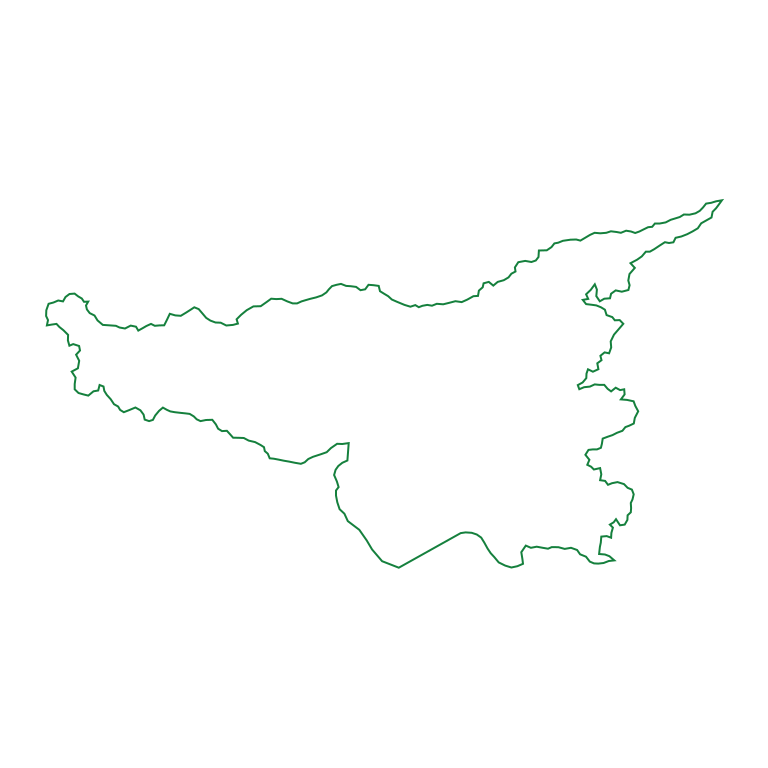 Aurora do Tocantins, Tocantins, Brazil
{"feature_id": "56859067B18425923118279", "entity_name": "Aurora do Tocantins", "entity_type": "district", "adm_level": 2, "iso_a3": "BRA", "parent_name": "Brazil", "parent_adm1": "Tocantins", "projection": "albers", "projection_center": [-46.425, -12.638], "detail": "fine", "context": "isolated", "style": "outline", "palette": "green", "viewbox_px": 768, "rotation_deg": 0, "n_neighbors": 0, "source": "geoboundaries", "source_scale": "gbopen_adm2", "svg_char_len": 5172}
<svg xmlns="http://www.w3.org/2000/svg" viewBox="0 0 768 768"><path d="M152.9,419.9L155.2,415.5L159.1,410.8L162.9,407.6L166.8,409.8L170.3,411.4L174.8,412.2L180.0,412.8L185.7,413.4L189.7,413.9L193.8,416.4L196.7,419.3L200.5,421.1L206.0,420.0L212.3,419.8L215.9,424.4L218.1,428.7L222.0,431.1L226.9,430.8L230.1,434.3L233.1,437.7L238.5,437.8L243.8,438.0L248.7,440.6L255.1,442.1L260.6,445.0L264.0,447.2L264.8,451.1L267.8,453.7L269.7,458.3L273.7,458.7L278.5,459.6L283.8,460.7L289.1,461.6L295.0,462.8L300.9,463.8L304.7,462.3L308.3,459.0L313.0,456.8L321.0,454.2L326.7,452.2L330.9,448.1L337.1,443.8L342.3,444.0L348.7,443.1L347.4,460.5L342.3,462.8L338.3,466.0L335.6,469.8L334.1,475.0L336.9,481.5L338.6,487.1L336.0,490.5L336.0,495.6L337.3,502.3L339.6,509.2L344.4,513.7L347.8,521.1L359.3,529.8L366.7,540.4L372.1,549.5L382.1,561.2L398.8,567.7L460.7,533.1L465.6,532.4L471.7,532.8L476.8,534.5L481.2,537.6L484.3,542.6L487.6,548.6L490.7,553.2L494.3,557.1L498.7,562.4L505.2,565.6L511.4,567.5L517.4,566.2L523.0,563.8L522.4,559.0L521.3,552.2L525.8,545.6L530.9,547.8L536.7,546.7L542.7,547.8L548.0,548.7L551.8,547.1L558.4,547.2L564.7,548.9L571.0,547.8L577.1,550.0L580.1,554.3L586.0,556.7L589.8,561.6L594.0,563.4L598.3,563.6L603.6,563.0L608.8,561.0L614.3,560.4L609.4,556.2L605.0,554.5L599.1,554.0L599.9,546.9L600.8,542.6L601.3,536.6L606.7,536.1L611.1,537.7L611.4,532.9L612.9,527.6L609.9,524.6L613.7,522.3L616.0,519.2L620.0,525.3L624.7,524.6L627.4,519.9L627.6,515.3L630.8,512.3L631.1,508.1L630.8,503.0L632.5,499.4L633.7,494.3L631.9,489.6L627.6,487.8L624.0,484.1L617.5,482.1L612.0,483.2L608.0,484.8L605.1,480.9L600.1,480.2L601.3,474.3L600.1,468.1L593.9,469.5L591.1,466.7L587.3,464.8L589.4,459.8L585.4,454.8L588.5,449.9L592.8,449.4L597.0,449.4L600.9,447.8L601.9,443.8L602.7,438.6L607.8,436.7L612.5,435.1L617.0,432.8L622.4,430.8L625.4,427.1L629.2,425.7L633.8,423.5L634.8,417.9L638.2,411.3L635.3,405.9L633.6,401.3L627.0,399.9L620.9,399.4L624.6,394.4L624.2,389.3L620.1,390.1L615.7,387.7L611.1,391.4L607.6,388.8L604.3,384.9L599.6,384.9L594.7,384.4L589.9,386.6L584.1,387.2L579.3,389.2L577.8,385.1L582.6,382.5L586.3,378.1L586.5,373.6L588.0,369.3L592.9,371.7L598.4,369.2L597.3,363.3L601.5,360.2L600.4,355.8L604.6,352.4L609.1,353.3L611.2,347.4L610.7,341.4L614.0,334.6L618.5,329.4L623.3,323.8L619.7,320.1L614.8,320.3L612.3,317.1L606.6,315.1L604.9,309.7L601.0,307.3L596.3,305.4L591.2,304.7L586.1,304.1L582.8,299.9L588.2,298.9L586.1,294.3L590.8,289.8L594.8,284.3L596.9,289.6L596.3,296.1L599.8,301.3L604.3,298.7L610.0,298.3L611.1,293.7L615.7,290.4L621.8,291.7L628.4,290.0L629.6,285.2L628.3,280.5L629.5,274.0L634.8,267.9L630.5,263.2L637.1,259.7L641.8,256.4L645.8,251.7L649.8,251.7L654.2,249.2L659.9,245.4L664.9,242.2L669.0,243.0L673.4,242.3L675.6,237.8L681.3,236.5L687.2,234.2L692.6,231.4L697.8,228.3L701.2,223.3L705.8,220.7L711.5,217.5L712.6,211.8L716.1,208.2L718.5,205.0L721.9,200.3L716.1,201.3L711.2,202.8L706.1,203.6L703.0,207.5L699.7,210.9L695.5,213.3L689.5,214.7L683.9,214.5L679.8,217.0L675.0,218.5L670.7,219.8L665.7,222.4L659.8,223.5L654.9,223.5L652.2,226.8L648.1,227.2L643.6,229.4L639.4,231.5L635.2,233.0L631.0,231.5L626.1,230.7L620.9,232.8L616.6,232.0L610.9,231.3L606.3,232.8L600.3,233.3L594.6,232.8L590.0,234.9L585.3,237.7L580.4,240.6L576.2,239.5L570.5,239.7L562.9,240.8L558.2,242.7L554.4,243.4L551.5,247.1L546.8,250.3L542.8,250.4L538.9,250.5L538.5,257.0L535.8,260.5L531.4,262.0L525.2,260.9L518.3,262.2L514.9,267.4L515.5,271.5L511.4,273.7L508.5,277.4L503.8,280.2L497.7,281.9L493.3,285.6L488.8,281.9L483.6,283.3L482.7,287.3L478.9,290.6L478.0,295.9L473.4,296.2L467.3,299.6L461.7,302.1L455.4,301.2L449.3,302.8L443.2,304.3L436.8,303.8L432.0,305.7L427.3,304.9L422.4,305.8L418.8,307.2L415.3,305.1L410.4,306.7L404.5,304.9L397.0,301.8L391.8,299.5L388.2,296.2L384.2,293.8L380.0,291.2L378.7,285.9L373.6,285.2L368.5,284.8L365.2,289.3L360.5,290.2L356.1,286.9L350.6,286.2L346.1,285.9L341.0,283.9L336.6,284.8L332.0,286.1L328.8,289.4L326.4,292.4L322.0,295.4L316.1,297.4L310.0,298.9L305.5,300.2L301.5,301.4L297.1,303.4L292.7,303.4L287.3,301.4L281.6,298.8L276.3,299.1L271.2,298.7L266.8,301.9L260.7,306.2L253.4,306.4L246.7,310.2L241.0,314.9L236.6,319.3L237.9,323.6L233.0,324.9L226.3,325.5L220.7,322.7L215.5,322.5L210.4,320.6L206.2,317.9L202.8,313.9L198.7,309.1L194.3,307.3L190.5,309.8L186.1,312.6L180.8,315.8L175.3,315.4L169.8,313.8L167.2,319.3L164.2,325.3L159.5,325.4L154.8,325.8L151.0,323.9L146.4,326.0L142.6,328.2L138.3,330.6L136.0,326.7L130.7,325.6L125.0,328.5L119.5,327.5L115.9,325.8L110.2,325.4L102.8,324.9L97.5,320.4L94.5,315.5L89.7,313.1L86.9,309.4L86.0,305.5L88.2,301.6L84.0,301.8L81.8,298.5L78.2,296.4L74.6,293.6L69.5,294.0L65.5,297.0L63.0,301.4L58.2,300.5L53.5,302.5L48.6,303.8L46.3,310.3L46.1,316.0L48.0,320.1L46.9,325.4L51.6,324.6L56.5,323.9L59.4,327.0L63.4,330.2L68.1,334.9L67.9,340.4L69.4,345.7L73.2,344.1L79.1,346.0L80.0,350.5L76.1,354.7L79.2,360.8L77.9,368.3L71.7,371.6L75.6,377.6L74.7,384.0L74.7,389.3L78.5,393.0L83.4,394.4L88.3,395.6L93.5,391.3L98.2,390.5L99.6,385.0L103.5,386.5L104.3,390.9L106.8,394.9L110.7,399.2L114.0,404.2L118.1,406.5L120.1,409.9L123.8,412.2L129.2,410.1L135.4,407.5L140.4,410.3L143.6,414.6L144.7,419.6L149.1,421.1L152.9,419.9Z" fill="none" stroke="#15803d" stroke-width="2"/></svg>